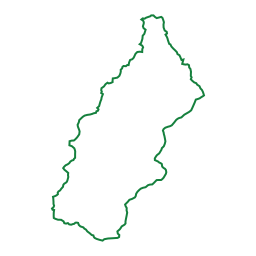 the district of Formoso, Goiás, Brazil
{"feature_id": "56859067B82615632174924", "entity_name": "Formoso", "entity_type": "district", "adm_level": 2, "iso_a3": "BRA", "parent_name": "Brazil", "parent_adm1": "Goiás", "projection": "orthographic", "projection_center": [-48.87, -13.706], "detail": "fine", "context": "isolated", "style": "outline", "palette": "green", "viewbox_px": 256, "rotation_deg": 0, "n_neighbors": 0, "source": "geoboundaries", "source_scale": "gbopen_adm2", "svg_char_len": 3614}
<svg xmlns="http://www.w3.org/2000/svg" viewBox="0 0 256 256"><path d="M202.9,96.2L204.0,95.4L203.4,93.4L202.9,91.9L201.9,89.9L200.5,88.5L199.5,86.2L197.1,84.6L196.3,83.2L194.2,82.4L192.1,80.6L190.8,79.2L191.6,77.3L190.8,76.0L190.9,73.4L191.0,71.8L190.4,68.9L189.2,67.5L189.0,65.2L187.5,64.3L185.6,64.6L183.7,64.3L182.2,63.9L182.7,62.1L183.4,59.5L181.5,60.0L180.2,56.8L179.4,55.2L177.5,54.1L176.9,52.2L175.1,50.3L173.3,48.6L171.4,46.5L170.4,44.4L169.2,43.9L167.9,40.1L167.5,38.5L166.9,37.0L165.5,34.6L167.0,33.5L166.7,31.8L164.7,30.5L163.6,27.5L163.5,24.6L163.9,22.2L163.2,19.9L162.4,17.8L161.2,16.9L159.0,17.5L156.7,18.1L154.8,16.8L153.5,15.4L151.2,15.4L150.2,16.3L148.1,17.0L146.1,17.7L144.6,18.7L142.7,18.4L141.4,19.5L143.1,20.6L143.8,22.2L143.7,23.7L142.9,26.3L143.6,28.2L145.6,29.7L144.3,33.9L142.7,35.7L142.4,38.8L141.9,40.5L141.0,43.1L139.7,44.2L140.9,44.9L142.2,45.6L143.1,47.3L142.3,49.1L142.2,52.0L139.8,51.7L137.3,52.0L135.5,53.8L133.7,57.7L132.3,59.2L130.1,60.0L129.1,62.5L128.6,65.1L127.3,65.0L125.9,66.2L123.5,66.0L122.4,67.0L122.1,68.4L120.7,69.8L120.8,71.4L120.4,73.3L119.4,75.8L117.4,77.6L114.6,78.2L112.8,78.4L112.6,80.1L112.6,82.1L110.7,83.0L108.7,83.4L107.5,82.7L105.5,84.2L104.0,86.4L101.5,88.2L101.2,90.2L101.8,91.5L101.2,93.0L102.9,94.1L102.2,95.9L101.6,97.5L101.3,99.4L100.5,101.3L99.8,103.6L99.1,106.2L97.2,107.9L98.5,109.3L98.0,110.7L96.4,111.3L96.0,112.8L93.6,113.3L92.2,113.9L90.1,114.5L87.2,114.9L84.6,115.6L82.8,116.8L81.6,117.9L79.2,120.2L79.0,121.7L78.4,123.2L77.6,124.8L77.9,126.6L78.4,127.9L79.2,130.0L79.6,131.5L79.2,134.4L77.1,137.4L75.3,139.3L73.9,140.5L71.7,140.6L69.6,141.2L69.4,145.3L71.9,146.2L74.3,148.3L74.8,149.7L75.2,151.3L75.1,154.3L75.1,156.1L75.1,157.8L74.0,158.9L73.4,160.1L71.9,160.5L70.3,161.6L69.3,163.1L67.7,164.3L65.6,165.3L64.1,166.8L63.2,168.1L64.5,169.8L66.0,171.0L68.2,172.9L68.0,175.1L68.3,177.0L67.5,180.1L66.9,181.7L65.9,182.7L64.2,183.7L63.3,184.9L63.0,186.8L61.3,188.7L60.1,190.4L58.4,191.5L57.7,192.7L57.9,194.2L56.6,195.3L54.8,196.2L53.0,196.8L53.3,198.6L53.4,200.4L53.5,201.8L53.5,203.9L54.1,205.8L53.3,207.5L52.0,208.5L52.6,209.8L54.1,210.0L53.8,212.0L53.7,213.9L53.7,216.4L53.8,218.0L55.3,218.8L57.9,219.7L61.1,219.8L62.2,220.5L63.6,221.4L64.3,223.2L66.1,223.6L67.9,223.1L69.2,224.4L71.2,224.7L72.8,224.1L74.2,223.8L75.4,222.7L76.8,222.6L78.1,222.9L78.8,224.9L80.4,226.4L83.4,227.4L84.3,228.6L86.0,229.6L87.3,231.4L89.7,233.2L91.7,235.0L93.4,235.4L93.8,236.8L94.6,237.9L96.6,238.9L99.4,239.8L102.6,240.6L104.3,239.2L108.0,238.5L109.9,238.4L113.1,238.2L117.6,237.9L119.1,237.0L119.3,235.0L117.8,233.6L117.4,231.4L119.8,229.3L120.8,227.9L121.7,226.4L124.5,224.7L125.5,223.5L125.5,221.4L125.9,219.2L126.6,215.8L126.9,214.1L127.2,212.7L126.6,210.4L126.7,208.0L125.6,206.1L125.1,204.5L127.8,201.8L129.4,199.8L132.1,198.9L134.9,197.4L135.7,196.1L136.2,193.7L137.5,191.7L139.5,189.7L140.9,188.6L142.9,187.8L145.6,187.2L148.0,185.2L149.8,184.6L152.3,184.4L153.9,182.9L156.6,180.1L158.1,180.0L161.1,180.0L162.2,179.2L163.6,177.7L165.9,173.8L166.3,172.2L165.9,170.0L165.0,168.8L163.5,167.9L162.2,166.6L161.8,164.0L160.6,163.1L159.3,162.6L158.0,161.5L156.5,160.8L154.9,160.1L154.8,158.4L156.0,156.4L156.9,155.2L158.0,154.3L159.2,153.4L161.4,149.8L161.9,148.1L163.8,146.3L164.8,143.8L165.4,141.4L165.1,139.5L164.4,135.9L163.9,134.3L163.6,132.4L162.9,130.6L163.6,129.1L165.3,127.7L168.1,126.7L170.0,126.2L171.8,125.3L174.2,122.5L176.2,119.9L177.6,118.8L178.9,118.1L181.4,117.4L183.1,115.8L184.3,114.7L189.0,112.0L191.2,110.3L192.6,107.3L194.7,102.5L195.8,99.6L198.1,98.9L199.7,98.3L201.2,97.2L202.9,96.2Z" fill="none" stroke="#15803d" stroke-width="2"/></svg>